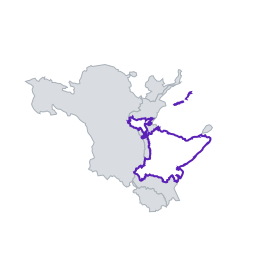 India and the surrounding countries, rotated 243°
{"feature_id": "IND", "entity_name": "India", "entity_type": "country or territory", "adm_level": 0, "iso_a3": "IND", "parent_name": "Asia", "parent_adm1": "", "projection": "albers", "projection_center": [83.514, 21.122], "detail": "fine", "context": "with_neighbors", "style": "outline", "palette": "violet", "viewbox_px": 256, "rotation_deg": 243, "n_neighbors": 9, "source": "natural_earth", "source_scale": "50m", "svg_char_len": 12319}
<svg xmlns="http://www.w3.org/2000/svg" viewBox="0 0 256 256"><g transform="rotate(243 128 128)"><path d="M163.1,174.1L160.3,174.0L156.6,175.1L155.1,177.8L156.2,181.4L153.4,180.3L150.9,180.7L151.0,178.2L148.5,178.5L148.6,181.9L146.7,189.2L147.1,191.4L149.1,191.3L150.6,193.9L151.4,196.4L153.3,197.9L155.2,198.1L157.0,199.4L156.1,200.8L154.1,201.4L153.7,199.9L151.1,198.8L150.6,199.4L149.3,198.4L148.6,197.0L145.2,194.2L144.9,196.0L144.2,194.4L144.9,189.5L147.4,183.3L146.0,180.6L145.4,177.5L142.4,173.8L143.4,173.2L144.2,170.4L139.2,163.9L140.3,163.2L141.3,159.8L143.3,159.4L146.3,157.1L147.6,157.9L148.0,159.7L149.9,159.7L149.5,163.0L149.9,165.7L152.7,163.5L153.6,164.0L155.3,163.7L155.7,162.6L157.9,162.5L160.4,164.7L160.9,167.7L163.6,170.0L163.8,172.6L163.1,174.1Z" fill="#d9dde1" stroke="#a8b0b8" stroke-width="1"/><path d="M146.3,157.1L143.3,159.4L141.3,159.8L140.3,163.2L139.2,163.9L144.2,170.4L143.4,173.2L142.4,173.8L145.4,177.5L146.0,180.6L147.4,183.3L144.9,189.5L144.4,187.3L145.1,184.9L144.0,183.2L143.9,179.8L142.6,178.4L140.4,171.0L139.0,168.6L134.1,172.7L130.6,171.9L131.3,168.1L130.5,165.2L128.1,161.8L128.4,160.7L126.7,160.4L124.6,158.0L124.2,155.6L125.2,156.0L125.2,153.8L126.5,152.9L126.1,151.7L126.7,150.6L126.6,147.4L128.8,147.9L129.8,145.3L129.9,143.8L131.2,141.1L131.0,139.4L134.3,137.0L136.2,137.4L135.9,135.6L136.7,134.9L136.4,133.8L138.0,133.4L139.0,135.1L140.2,135.7L140.7,140.6L138.4,143.4L138.3,147.1L141.2,146.3L142.1,149.1L143.9,149.5L143.4,152.1L146.8,153.5L148.7,152.4L148.9,153.6L146.8,155.9L146.3,157.1Z" fill="#d9dde1" stroke="#a8b0b8" stroke-width="1"/><path d="M125.2,153.8L125.2,156.0L124.2,155.6L124.6,158.0L122.8,153.4L121.6,151.7L119.0,151.7L119.3,153.0L118.5,154.7L117.3,154.1L116.9,154.7L115.1,154.2L114.5,151.7L113.5,149.4L113.9,147.5L112.2,146.7L112.8,145.6L114.5,144.4L112.4,142.8L113.3,140.7L115.5,142.0L116.8,142.1L117.1,144.2L122.3,144.3L123.9,144.8L122.7,147.4L121.5,147.7L120.8,149.5L122.3,151.0L122.7,149.0L123.5,149.0L125.2,153.8Z" fill="#d9dde1" stroke="#a8b0b8" stroke-width="1"/><path d="M120.4,135.5L122.7,137.2L122.6,139.1L118.2,139.2L116.5,139.8L114.0,138.7L113.9,138.1L115.6,135.7L117.0,134.9L120.4,135.5Z" fill="#d9dde1" stroke="#a8b0b8" stroke-width="1"/><path d="M112.0,136.4L112.0,140.8L109.7,140.9L104.4,140.0L102.8,138.5L99.2,138.1L90.7,133.6L91.7,130.8L94.5,128.7L96.6,129.7L99.3,131.7L100.7,132.1L101.6,133.6L103.7,134.2L105.9,135.5L112.0,136.4Z" fill="#d9dde1" stroke="#a8b0b8" stroke-width="1"/><path d="M85.4,113.2L82.9,115.6L80.0,115.9L76.2,115.0L74.9,116.2L76.4,121.0L78.4,122.6L76.1,124.2L76.0,126.4L73.3,129.3L71.5,132.3L68.5,135.3L65.4,134.8L62.2,137.8L63.8,139.3L63.9,141.7L65.3,143.3L65.7,146.0L59.7,145.5L57.7,147.4L55.7,146.4L55.1,144.1L53.3,141.6L40.0,141.0L41.5,137.6L45.6,136.6L45.5,135.1L44.3,134.5L44.6,131.8L42.2,130.1L40.4,126.4L44.5,128.5L47.2,128.4L48.7,129.0L49.3,128.4L51.1,128.9L54.7,128.0L55.0,125.4L56.7,123.9L58.6,124.1L59.0,123.2L61.0,123.0L61.9,123.4L63.0,122.6L63.0,120.8L64.3,119.1L65.9,118.5L65.1,116.4L67.5,116.7L68.3,115.7L68.3,114.5L69.6,113.4L69.0,110.6L70.5,109.4L78.9,108.1L80.7,109.5L81.3,111.8L85.4,113.2Z" fill="#d9dde1" stroke="#a8b0b8" stroke-width="1"/><path d="M57.5,105.7L58.9,105.9L61.4,107.1L63.3,106.3L64.1,107.0L65.0,105.7L66.5,105.9L67.2,104.3L68.4,103.4L69.7,104.1L69.3,105.0L70.1,105.2L69.6,107.7L70.6,108.7L72.6,107.9L74.2,106.7L78.5,107.2L78.9,108.1L70.5,109.4L69.0,110.6L69.6,113.4L68.3,114.5L68.3,115.7L67.5,116.7L65.1,116.4L65.9,118.5L64.3,119.1L63.0,120.8L63.0,122.6L61.9,123.4L61.0,123.0L59.0,123.2L58.6,124.1L56.7,123.9L55.0,125.4L54.7,128.0L51.1,128.9L49.3,128.4L48.7,129.0L47.2,128.4L44.5,128.5L40.4,126.4L43.1,124.0L43.2,122.0L41.3,121.2L40.8,116.8L42.2,115.3L41.1,114.7L43.7,109.1L46.1,110.6L48.0,110.4L48.7,109.2L50.7,109.0L52.2,108.2L53.0,105.9L55.2,105.6L55.7,104.6L57.5,105.7Z" fill="#d9dde1" stroke="#a8b0b8" stroke-width="1"/><path d="M94.5,198.8L94.0,201.9L92.7,202.8L90.0,203.4L88.6,201.0L88.1,196.7L89.6,191.8L91.6,193.5L94.5,198.8Z" fill="#d9dde1" stroke="#a8b0b8" stroke-width="1"/><path d="M173.5,160.4L171.0,159.8L170.5,157.2L171.7,155.6L174.6,154.3L176.2,154.1L177.0,155.1L176.0,156.7L175.7,158.5L173.5,160.4ZM91.9,93.4L91.8,91.8L93.4,91.0L91.4,86.1L97.3,84.5L99.0,79.6L103.6,80.5L104.8,79.2L104.9,76.5L106.8,76.3L108.5,74.5L109.4,74.2L110.1,76.1L112.0,77.4L115.4,78.3L117.0,80.4L116.3,83.6L117.2,84.8L123.2,85.3L126.1,86.9L127.6,87.1L128.9,89.6L130.4,91.2L138.0,91.1L141.2,90.3L143.6,90.5L147.3,91.8L150.2,91.4L151.4,92.2L153.9,90.3L157.6,88.7L161.2,88.1L163.8,86.6L166.7,83.6L165.2,81.8L166.1,79.9L169.9,80.0L172.0,78.1L175.3,76.4L176.6,74.2L178.0,73.1L181.2,72.1L183.1,72.0L183.1,71.0L180.7,69.6L178.7,69.1L177.2,70.5L174.8,70.5L173.6,71.1L172.8,70.2L174.6,65.1L177.5,65.5L180.2,63.2L180.0,62.0L181.3,58.9L182.4,57.8L182.0,56.5L180.7,56.2L182.2,54.6L184.8,53.5L187.6,52.7L191.0,52.6L193.1,53.0L197.4,57.2L198.9,59.5L202.9,59.2L206.1,60.2L207.7,62.4L211.0,61.3L212.6,59.7L216.0,57.8L215.6,60.5L215.1,61.7L215.2,64.8L214.5,67.8L211.7,68.2L210.0,69.7L211.3,71.8L211.9,75.1L210.8,75.5L211.2,76.9L209.3,75.7L208.8,77.5L205.6,79.8L206.4,81.1L204.3,81.6L203.0,81.0L201.9,83.4L199.7,85.6L198.3,87.9L195.2,89.6L193.7,91.3L191.3,92.7L192.3,91.1L191.5,90.1L193.0,87.8L191.4,86.6L187.3,90.6L186.2,92.8L183.9,93.5L183.0,95.1L184.7,96.7L186.8,96.8L187.1,98.0L189.2,98.4L191.5,95.8L193.9,96.4L195.5,96.1L196.2,97.5L193.0,99.1L192.2,100.9L190.2,102.9L189.4,105.3L192.4,106.3L194.0,108.9L198.5,113.1L198.9,115.3L197.5,116.5L198.5,117.9L200.3,118.5L200.4,123.5L199.0,124.1L195.0,136.3L188.7,143.2L185.7,144.2L184.3,145.9L183.1,145.1L181.9,146.9L178.3,149.1L175.5,150.0L175.1,153.4L173.6,153.8L172.5,151.8L173.0,150.5L169.1,150.1L167.9,150.8L165.0,150.4L163.5,149.4L163.7,147.5L161.1,147.3L159.6,146.4L157.5,148.3L152.7,149.3L149.9,150.8L150.8,154.3L149.3,154.3L148.7,152.4L146.8,153.5L143.4,152.1L143.9,149.5L142.1,149.1L141.2,146.3L138.3,147.1L138.4,143.4L140.7,140.6L140.2,135.7L139.0,135.1L138.0,133.4L136.4,133.8L133.5,133.6L134.3,132.2L132.9,130.4L131.2,131.8L128.9,131.2L126.0,133.4L123.7,135.8L121.6,136.3L120.4,135.5L117.0,134.9L115.6,135.7L113.9,138.1L113.6,135.7L112.0,136.4L105.9,135.5L103.7,134.2L101.6,133.6L100.7,132.1L99.3,131.7L96.6,129.7L94.5,128.7L93.4,129.4L87.3,125.2L86.7,121.9L88.5,122.4L88.7,120.8L87.7,119.2L88.0,116.8L85.4,113.2L81.3,111.8L80.7,109.5L78.9,108.1L78.5,107.2L78.4,104.4L76.9,103.6L76.1,103.9L75.6,101.1L76.4,100.5L76.1,99.8L78.5,98.6L80.2,98.1L82.7,98.6L83.7,96.8L86.8,96.6L87.7,95.5L91.6,94.0L91.9,93.4Z" fill="#d9dde1" stroke="#a8b0b8" stroke-width="1"/><path d="M57.7,146.9L58.3,146.6L59.2,146.7L59.3,145.8L59.5,145.6L59.6,145.8L61.6,145.9L62.2,146.3L62.8,146.3L63.1,146.0L64.2,145.7L64.3,145.7L64.4,146.2L64.7,146.3L65.7,145.9L65.5,145.3L65.8,145.0L64.9,142.7L64.9,141.9L63.9,141.7L63.5,141.1L63.8,139.2L62.1,138.4L62.3,137.2L63.3,136.2L64.1,135.1L64.8,134.7L65.4,135.0L65.5,135.5L65.8,135.7L68.7,135.1L69.0,134.5L69.5,134.0L70.1,132.8L71.7,132.1L72.6,130.5L73.1,129.4L74.3,129.0L74.6,128.6L74.6,128.0L75.8,126.6L76.6,126.3L76.3,125.8L76.6,124.9L76.4,124.2L76.5,123.9L78.6,122.8L78.4,122.3L77.0,121.8L76.9,121.0L76.2,121.0L76.1,120.3L75.3,119.7L75.8,118.7L75.4,118.1L76.1,117.4L75.2,117.0L75.4,116.5L75.0,116.1L75.5,115.3L76.4,115.0L79.9,115.9L80.8,115.5L82.2,115.4L83.2,114.6L83.4,114.3L85.3,113.2L85.9,113.3L85.8,114.0L86.6,115.9L87.4,116.2L88.2,116.9L88.2,117.1L87.5,117.7L87.7,119.3L88.5,120.3L88.4,120.6L88.6,121.0L88.7,122.3L87.9,122.7L87.3,122.0L86.5,122.2L86.8,123.1L87.4,123.9L87.2,124.6L87.5,124.9L87.3,125.4L87.3,125.8L87.9,125.8L88.0,125.6L88.3,125.6L89.2,126.9L90.0,127.0L90.9,127.5L91.0,128.2L92.3,128.7L93.2,129.5L92.7,129.6L91.5,130.8L91.1,131.7L91.1,132.4L90.7,133.0L90.6,133.5L91.5,134.2L92.0,134.1L95.3,136.5L95.7,136.4L96.9,137.1L97.5,137.1L97.6,137.6L99.1,138.1L99.6,137.8L100.6,138.1L101.3,137.7L102.7,138.3L102.9,139.1L104.1,139.6L104.4,140.0L105.3,139.7L105.6,139.8L105.9,140.4L106.4,140.2L108.3,140.9L109.2,140.5L109.4,140.8L109.9,141.1L110.2,140.9L111.4,140.8L111.8,140.9L112.2,139.9L111.7,138.6L112.1,136.7L112.0,136.3L112.1,136.1L113.2,135.7L113.8,135.9L114.0,136.3L113.7,137.4L114.1,138.0L113.7,138.5L114.1,139.1L114.9,139.5L115.4,139.4L116.5,139.8L117.5,139.6L118.1,139.2L119.2,139.5L120.6,139.4L121.0,139.1L121.7,139.3L122.5,139.1L122.7,138.9L122.5,138.3L122.7,137.7L122.4,137.2L121.7,137.3L121.3,137.0L121.4,136.3L122.3,136.4L122.6,136.1L123.8,135.8L124.2,135.5L124.0,135.3L124.2,135.0L125.0,134.4L125.6,133.4L126.9,133.1L127.4,132.6L127.5,132.3L129.0,131.1L129.5,131.5L131.1,131.8L131.4,131.3L132.7,130.4L133.3,131.0L133.6,131.0L133.0,131.5L133.1,132.0L133.9,131.6L134.3,132.4L133.6,133.5L133.9,133.7L134.5,133.3L135.0,133.6L135.7,133.5L136.4,133.9L136.5,134.8L135.4,135.9L136.1,137.3L135.7,137.3L135.1,136.7L133.7,137.1L131.0,139.3L130.8,140.1L131.1,141.0L130.7,142.1L129.8,143.3L129.7,143.7L130.2,144.2L129.2,146.5L128.8,147.9L127.6,147.5L127.1,147.7L126.6,147.4L126.9,148.6L126.9,150.3L126.8,150.6L126.4,150.6L126.2,151.6L126.5,153.1L126.2,153.3L125.8,153.9L125.3,153.5L124.9,154.0L124.6,151.8L124.2,151.1L123.7,148.8L122.8,148.8L122.9,149.4L122.4,150.1L122.5,150.8L122.1,151.0L121.8,150.9L121.6,150.4L121.4,150.4L121.4,150.8L121.2,150.7L120.8,149.2L120.9,148.2L121.2,147.6L122.6,147.2L122.8,146.7L123.2,146.6L123.5,145.1L124.1,145.2L124.1,144.9L122.9,144.2L118.6,144.5L116.9,144.1L116.8,142.1L116.3,141.3L116.1,141.4L116.0,142.0L115.6,142.0L115.1,141.7L114.6,140.8L114.3,140.9L114.5,141.3L114.1,141.3L113.7,141.2L113.5,140.7L112.8,140.4L112.8,140.6L113.0,140.9L112.3,141.8L112.1,142.5L113.3,143.5L114.0,143.6L114.5,144.3L114.2,144.6L113.2,144.6L112.8,145.5L112.4,145.4L112.0,146.3L112.4,146.8L114.0,147.4L113.9,148.2L113.6,149.2L114.1,149.9L114.1,150.5L114.7,150.7L114.5,151.2L115.1,153.5L115.1,154.5L114.8,154.5L115.2,155.4L114.8,155.4L114.6,155.1L114.3,155.7L114.1,155.2L114.3,154.4L114.0,154.0L113.9,155.4L113.5,155.6L113.0,155.2L112.9,155.6L112.6,155.5L112.4,155.4L112.7,154.0L112.2,153.6L112.0,153.3L112.1,153.7L112.6,154.0L112.1,155.0L111.3,155.5L109.7,156.0L109.1,156.9L109.0,157.3L109.4,158.5L108.8,159.7L108.1,160.2L107.8,160.7L107.4,160.5L107.6,160.7L107.4,161.0L105.6,161.7L105.3,161.7L105.5,161.5L105.3,161.1L104.6,161.5L104.4,162.0L105.0,161.7L105.2,161.9L103.3,163.5L101.4,166.0L100.1,166.7L98.8,168.1L96.4,169.7L96.2,170.2L96.4,170.7L96.1,171.4L94.7,172.0L93.3,172.0L92.4,173.8L91.9,173.7L91.8,173.4L91.4,173.3L90.4,173.9L89.8,175.1L89.7,175.8L90.0,177.7L89.8,178.5L90.3,180.7L89.9,180.0L89.6,180.3L90.4,181.1L90.0,183.1L88.9,185.2L88.5,186.5L88.6,186.9L88.3,187.3L88.7,187.2L88.8,187.6L88.7,190.3L87.8,190.2L87.1,190.4L86.9,191.1L85.9,192.5L85.9,192.8L86.2,193.2L87.3,193.7L86.0,193.4L84.3,193.9L83.6,194.5L83.2,196.0L81.5,196.8L80.1,196.1L78.7,194.3L78.0,192.6L77.9,191.1L78.1,191.4L78.2,192.3L78.5,192.3L78.2,191.1L77.7,190.6L77.8,190.3L76.5,186.7L76.0,185.6L75.0,184.5L74.4,182.9L74.0,181.3L73.8,179.5L73.1,176.9L71.9,175.1L71.5,174.1L71.9,174.1L71.5,173.5L71.7,173.3L71.2,173.1L70.4,170.7L70.1,167.1L69.5,164.0L69.9,162.8L69.9,162.4L69.4,162.9L69.4,162.6L69.4,161.9L69.9,162.0L69.4,161.7L69.5,161.2L69.3,161.1L69.2,160.3L70.0,157.7L69.8,156.3L69.5,156.1L69.3,155.5L69.7,155.2L69.3,155.2L70.8,154.4L69.2,154.5L69.4,154.0L69.7,153.7L69.2,153.6L69.3,153.1L70.0,152.9L68.3,152.7L68.6,152.9L68.5,153.2L67.8,154.0L68.3,154.3L68.4,155.0L67.6,156.1L64.7,157.1L63.9,157.1L63.3,156.7L62.1,155.6L60.0,152.9L59.4,151.9L59.7,151.5L60.3,152.0L62.8,151.3L63.9,150.1L63.8,149.8L63.4,150.2L62.8,150.2L61.5,150.6L60.3,150.2L58.8,149.0L58.3,147.8L59.3,147.1L57.8,147.7L57.7,146.9ZM127.2,185.9L126.5,185.0L126.9,184.0L127.2,183.8L127.0,182.9L127.2,180.4L127.4,180.0L127.8,179.8L127.9,180.2L127.7,180.4L127.9,180.8L127.4,181.6L127.6,181.9L127.8,182.9L127.4,183.2L127.5,183.8L127.1,184.6L127.3,184.9L127.2,185.9ZM131.6,199.5L131.4,200.2L130.8,199.4L130.8,198.9L131.3,198.7L131.6,199.5ZM126.7,189.0L126.3,189.0L126.2,188.4L126.6,187.9L126.9,188.5L126.7,189.0ZM130.0,196.9L129.7,196.9L129.6,196.5L130.0,196.9ZM130.2,196.3L130.1,195.8L130.2,196.3ZM131.0,198.4L130.7,198.7L130.8,198.2L131.0,198.4ZM127.8,193.1L127.5,193.1L127.7,192.9L127.8,193.1ZM127.1,186.4L126.8,186.4L126.9,186.0L127.1,186.2L127.1,186.4ZM127.9,184.4L128.1,184.8L127.8,184.5L127.9,184.4ZM128.8,195.5L129.1,195.9L128.8,195.7L128.8,195.5ZM126.9,181.7L126.8,182.1L126.9,181.6L126.9,181.7Z" fill="none" stroke="#5b21b6" stroke-width="2"/></g></svg>